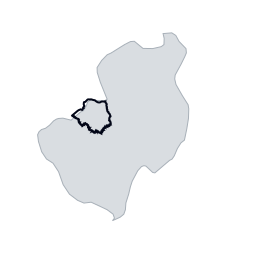 location of Bugesera, Eastern, Rwanda, rotated 153°
{"feature_id": "39286606B3134655885223", "entity_name": "Bugesera", "entity_type": "district", "adm_level": 2, "iso_a3": "RWA", "parent_name": "Rwanda", "parent_adm1": "Eastern", "projection": "mercator", "projection_center": [30.152, -2.233], "detail": "fine", "context": "in_parent", "style": "outline", "palette": "ink", "viewbox_px": 256, "rotation_deg": 153, "n_neighbors": 0, "source": "geoboundaries", "source_scale": "gbopen_adm2", "svg_char_len": 6087}
<svg xmlns="http://www.w3.org/2000/svg" viewBox="0 0 256 256"><g transform="rotate(153 128 128)"><path d="M102.8,80.3L105.6,80.3L124.4,75.8L126.2,77.2L129.3,85.9L130.9,87.2L133.5,87.5L138.7,85.5L148.4,78.7L152.6,74.5L157.5,68.7L163.9,62.2L167.4,56.4L170.9,53.1L175.4,52.1L180.4,52.3L183.9,52.5L181.0,53.8L180.4,58.0L183.7,64.7L194.5,78.6L201.3,81.1L205.8,86.5L210.2,95.6L211.5,106.9L209.7,120.6L210.8,130.7L214.7,137.4L215.7,146.0L213.9,156.6L211.6,163.0L208.9,165.1L205.8,165.9L201.7,165.2L196.6,166.1L191.1,168.1L187.7,168.4L185.5,168.0L181.5,166.3L175.1,160.8L163.1,163.8L159.9,163.7L155.5,166.4L151.9,169.6L149.7,169.8L147.5,169.4L137.2,162.9L133.5,163.1L131.9,181.3L130.2,191.4L128.1,195.9L120.7,200.2L113.3,202.7L109.2,202.5L92.9,203.9L86.6,203.9L83.0,202.4L78.5,192.1L69.8,187.5L61.5,185.4L58.1,186.0L55.1,191.4L53.9,196.2L45.8,192.9L43.4,188.8L43.2,181.9L40.3,172.4L41.9,168.4L45.0,165.8L51.7,160.8L61.9,153.8L64.1,150.5L65.5,145.0L64.9,132.2L63.9,121.4L65.1,117.6L69.7,109.2L75.9,100.7L83.2,91.6L87.6,90.7L93.3,87.3L99.4,82.2L102.8,80.3Z" fill="#d9dde1" stroke="#a8b0b8" stroke-width="1"/><path d="M141.2,140.0L141.1,140.3L141.2,140.5L141.1,140.8L141.1,141.2L140.9,141.4L140.8,141.7L140.9,141.8L141.0,142.0L140.9,142.3L140.9,142.6L141.0,142.9L141.3,143.0L141.4,143.3L141.2,143.5L141.1,143.8L140.8,143.9L140.5,144.2L140.4,144.6L140.4,145.0L139.8,145.7L139.7,145.7L139.6,145.8L139.0,146.2L138.9,146.1L138.6,146.1L138.3,146.3L138.3,146.9L138.1,147.1L138.1,148.0L138.0,148.5L138.1,148.8L138.0,149.0L138.2,149.4L138.3,149.5L138.3,149.8L138.4,150.1L138.3,150.4L138.3,150.5L138.2,150.8L138.2,151.0L138.5,151.1L138.5,151.7L138.7,151.9L138.7,152.1L138.7,152.3L138.7,152.6L138.7,152.8L138.4,153.3L138.1,153.6L138.1,153.9L138.2,154.0L138.2,154.7L138.0,154.9L137.9,155.0L137.6,155.5L137.7,155.8L137.5,156.0L137.2,156.5L137.3,156.7L137.3,156.9L137.3,157.0L137.2,157.3L137.0,157.6L137.0,158.0L136.7,158.4L136.7,158.5L136.4,158.7L136.2,158.8L136.1,159.6L136.2,160.0L136.4,160.4L136.4,160.6L136.5,160.8L136.5,161.0L136.6,161.4L136.4,161.4L136.3,161.6L136.0,162.0L137.2,162.5L138.1,162.8L138.8,163.3L139.3,163.5L139.8,163.6L141.2,163.5L141.6,163.6L142.4,164.0L143.2,164.6L143.7,165.2L144.5,166.6L144.9,167.6L145.0,167.8L146.1,168.6L147.3,169.8L148.0,170.4L148.6,170.5L149.1,170.8L150.3,171.5L151.0,171.7L151.6,171.6L152.4,171.2L153.1,171.1L153.3,171.0L153.8,170.7L154.4,170.7L155.2,171.0L155.6,170.9L156.3,169.9L156.7,169.2L156.9,168.2L156.8,167.8L156.9,167.4L157.4,167.2L158.2,166.8L158.1,166.7L158.3,166.1L158.3,165.9L159.2,165.7L159.6,165.5L160.1,165.1L160.6,164.9L161.1,165.3L161.1,165.5L161.3,165.8L161.7,166.1L163.9,166.3L165.3,166.1L171.2,164.7L172.1,164.5L172.1,163.8L171.9,163.8L171.7,163.9L171.5,164.0L171.4,164.0L171.3,163.9L171.2,163.9L171.2,163.6L171.1,163.4L170.9,163.4L170.7,163.1L170.8,162.9L170.7,162.9L170.6,162.7L170.8,162.7L170.6,162.1L170.8,162.0L170.8,161.8L170.6,161.6L170.4,161.0L170.3,160.8L170.3,160.6L169.9,160.4L169.6,160.4L169.4,159.7L168.9,159.4L168.8,159.1L168.5,159.0L168.4,158.8L168.1,158.6L168.2,158.4L168.1,158.2L168.2,157.8L168.3,157.7L168.1,157.5L168.2,157.4L168.3,157.4L168.5,157.2L168.5,156.9L168.7,157.0L168.9,156.8L168.9,156.1L168.7,155.8L168.6,155.5L168.6,155.2L168.9,155.0L169.1,155.0L169.0,154.3L168.7,154.3L168.8,154.2L168.7,154.1L168.6,153.8L168.5,153.7L168.7,153.2L168.6,152.5L168.2,152.1L167.9,152.1L167.8,151.9L167.6,151.8L167.5,151.7L168.0,151.2L167.9,151.0L167.9,150.9L167.7,151.0L167.6,150.8L167.3,151.1L167.2,151.4L166.9,151.4L166.8,151.2L166.7,151.2L166.5,151.3L166.5,151.5L166.3,151.5L166.4,151.3L166.0,151.6L165.8,151.5L165.7,151.3L165.4,151.6L165.3,151.3L165.2,151.5L165.0,151.4L165.1,151.2L164.5,151.4L164.5,151.6L164.4,151.7L164.2,151.7L164.2,151.8L163.8,151.8L163.7,151.5L163.7,151.0L163.7,150.9L163.4,150.8L163.5,150.8L163.5,150.6L163.4,150.6L163.2,150.5L163.4,150.5L163.4,150.4L163.0,150.3L162.8,150.1L162.7,150.0L162.7,149.9L162.9,149.8L162.9,149.5L162.9,149.4L163.0,149.1L162.8,149.0L162.4,148.8L162.2,148.6L162.4,148.0L162.8,147.9L163.0,147.0L163.3,146.8L163.4,146.6L163.1,146.2L162.7,146.2L163.0,145.5L162.7,145.6L163.0,145.3L163.1,145.1L162.7,145.2L162.8,145.0L162.8,144.7L162.6,144.7L163.0,144.4L162.8,144.2L163.1,144.3L163.1,143.9L162.9,143.3L162.4,143.1L162.2,142.8L161.7,142.8L161.5,143.0L161.6,142.8L161.4,142.7L161.3,142.4L161.5,142.5L161.6,142.3L161.1,142.1L161.0,141.9L161.0,141.7L161.3,141.5L160.9,141.5L160.8,141.4L161.0,141.1L160.8,141.0L160.9,140.8L160.6,140.3L160.7,140.2L160.8,140.1L160.7,139.9L160.6,140.1L160.3,139.6L160.2,139.5L160.2,139.8L159.8,139.5L159.7,139.6L159.4,139.5L158.9,139.3L158.9,139.8L158.7,139.9L158.3,140.0L158.1,140.0L157.9,140.1L157.8,140.4L157.6,140.5L157.5,140.1L157.4,140.0L157.5,139.5L157.3,139.5L157.4,139.2L157.0,139.3L157.0,139.2L156.8,139.0L156.9,138.6L156.5,138.9L156.3,138.8L156.3,138.7L156.1,138.4L156.4,138.2L156.2,138.0L156.1,137.6L156.1,137.4L155.9,137.2L155.7,136.9L155.5,136.7L155.3,136.7L155.1,136.4L155.1,136.6L154.8,136.6L154.7,136.2L154.5,136.3L154.0,136.2L154.0,136.5L153.9,136.5L153.8,136.4L153.7,136.1L153.6,136.3L153.3,136.2L153.2,136.7L152.8,136.5L152.7,136.8L152.3,137.1L152.0,137.1L151.9,136.9L151.7,137.1L151.4,137.1L151.6,137.3L151.3,137.3L151.5,137.5L151.3,137.7L151.2,137.4L150.9,137.7L150.9,137.9L150.7,138.2L150.5,137.9L150.3,137.9L150.2,138.2L150.5,138.4L150.0,138.5L149.9,138.5L150.0,138.7L149.9,138.8L149.8,138.7L149.9,138.4L149.7,138.6L149.4,138.8L149.4,138.6L149.2,138.7L148.7,138.6L148.6,138.8L148.5,138.7L148.4,138.4L148.4,138.6L148.2,138.6L148.1,138.9L147.9,139.2L147.8,138.9L147.7,139.1L147.6,138.8L147.4,138.7L147.1,139.0L146.8,139.1L146.6,139.2L146.4,139.0L146.4,139.4L146.2,139.6L146.1,139.4L146.1,139.2L145.8,139.2L145.9,139.4L145.8,139.5L145.7,139.5L145.4,139.7L145.3,139.8L145.1,139.7L145.0,139.4L144.4,139.3L144.3,139.2L144.6,138.8L144.6,138.4L144.3,138.3L144.1,138.4L143.6,138.3L143.4,138.5L143.5,138.7L143.2,138.6L142.9,138.7L143.0,138.9L142.7,139.3L142.8,139.3L143.1,139.3L143.0,139.5L142.7,139.4L142.4,139.4L141.9,139.1L141.9,139.3L142.0,139.6L141.9,139.6L141.7,139.5L141.2,140.0Z" fill="none" stroke="#020617" stroke-width="2"/></g></svg>